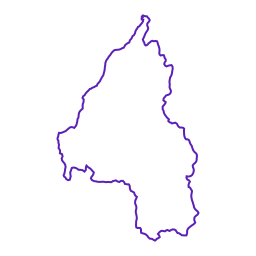 Rubim, Minas Gerais, Brazil (Mercator projection)
{"feature_id": "56859067B36353368141543", "entity_name": "Rubim", "entity_type": "district", "adm_level": 2, "iso_a3": "BRA", "parent_name": "Brazil", "parent_adm1": "Minas Gerais", "projection": "mercator", "projection_center": [-40.494, -16.442], "detail": "fine", "context": "isolated", "style": "outline", "palette": "violet", "viewbox_px": 256, "rotation_deg": 0, "n_neighbors": 0, "source": "geoboundaries", "source_scale": "gbopen_adm2", "svg_char_len": 4848}
<svg xmlns="http://www.w3.org/2000/svg" viewBox="0 0 256 256"><path d="M59.0,132.8L58.5,134.5L58.2,136.5L57.6,137.8L57.5,139.2L58.4,140.8L58.4,142.9L59.0,144.5L58.8,146.2L58.6,148.1L59.8,149.8L60.1,151.5L59.9,153.3L62.0,154.1L62.6,156.3L61.7,158.4L62.0,160.3L62.9,161.5L63.8,162.6L64.7,163.7L65.3,165.1L65.6,167.0L65.2,168.8L65.0,170.2L64.8,171.5L64.4,173.6L63.6,175.2L64.1,176.5L65.3,177.4L66.3,179.1L68.2,180.2L69.9,179.6L70.2,178.1L70.7,176.4L70.4,174.4L70.2,172.4L70.9,170.8L71.3,169.4L71.9,167.9L74.0,167.5L75.8,168.0L77.3,168.8L78.6,169.8L80.1,169.8L82.4,170.1L84.5,171.6L85.8,169.9L85.9,168.1L86.0,166.8L86.5,165.6L87.5,166.6L88.8,167.7L90.0,168.3L91.2,169.5L92.6,171.1L93.8,172.4L93.3,174.4L92.4,175.8L91.5,176.9L90.9,178.2L91.8,180.0L94.3,181.2L96.3,181.4L98.1,181.9L99.7,181.9L101.0,181.9L102.5,181.7L104.4,181.9L106.2,182.2L107.7,181.9L109.6,182.1L111.5,182.1L113.0,181.0L114.7,180.7L115.9,180.4L117.4,181.4L119.3,182.0L121.0,180.9L122.9,180.9L124.2,182.2L124.9,183.9L127.0,184.3L128.8,184.3L129.7,185.8L129.8,187.5L130.0,188.9L130.8,190.8L132.5,191.6L134.1,192.6L134.7,194.5L135.4,195.7L136.9,196.9L136.1,198.8L135.3,200.5L135.1,202.0L135.2,203.9L136.0,205.4L136.4,207.4L136.3,209.0L135.8,210.5L135.8,212.4L136.3,214.7L136.7,216.6L136.8,218.7L136.3,220.6L136.1,222.1L136.1,223.6L136.0,225.3L136.3,227.4L137.5,228.0L138.9,227.9L140.2,228.0L141.0,229.4L141.0,231.3L141.1,232.7L142.5,233.3L143.8,233.6L145.3,234.1L146.3,234.9L147.4,235.9L148.3,237.3L149.9,238.7L151.9,238.8L153.5,239.8L155.0,240.6L156.1,239.7L156.9,238.7L158.1,238.3L159.7,237.1L159.2,235.5L157.9,234.0L159.4,232.2L160.8,231.1L162.1,230.8L163.7,231.1L165.1,231.3L166.2,230.4L167.5,230.0L169.5,231.0L171.3,229.9L172.7,229.4L174.3,229.5L175.6,230.2L176.5,231.6L177.4,232.9L179.1,233.3L180.5,234.2L181.8,235.2L184.0,235.4L186.4,235.4L187.1,233.2L187.1,231.2L187.5,229.5L188.7,227.9L190.1,226.8L191.2,225.9L192.3,225.1L193.6,224.3L195.2,222.6L194.5,220.7L194.2,219.4L194.5,217.4L195.9,215.8L197.6,214.6L198.5,212.9L197.6,211.4L196.3,210.3L195.1,209.1L194.1,207.4L193.8,205.8L193.2,203.9L192.7,202.1L192.0,200.2L191.6,198.4L191.3,196.4L191.4,194.3L191.8,192.6L192.0,190.9L190.9,189.1L190.0,187.6L188.6,187.0L188.5,185.0L189.0,183.1L189.9,181.8L189.2,180.5L187.4,179.6L186.4,177.7L186.6,176.3L188.0,176.5L189.6,176.4L191.1,175.8L192.1,175.0L193.1,173.3L193.7,171.5L193.8,169.6L193.4,168.3L192.9,166.9L192.7,165.5L193.4,164.4L194.4,163.5L195.4,162.6L196.3,161.3L196.7,159.5L196.7,157.9L197.0,156.0L196.7,154.3L195.8,153.1L194.4,151.9L193.3,150.4L192.4,148.1L191.7,145.8L190.7,144.4L189.8,142.6L189.5,141.3L188.9,140.1L187.7,139.3L186.1,139.3L185.0,138.0L184.3,135.9L184.1,134.0L184.0,132.1L184.0,130.3L184.1,128.6L183.1,127.8L181.5,127.5L179.8,127.5L178.6,126.7L177.7,125.3L176.9,123.8L175.4,122.7L173.4,123.1L171.9,123.4L170.9,122.7L169.4,122.1L168.3,121.0L168.9,119.3L167.1,117.7L165.9,116.1L165.0,114.9L164.0,113.0L163.5,110.7L162.6,108.9L162.7,106.5L164.1,104.9L165.3,103.4L165.7,102.1L164.6,101.3L163.4,100.4L163.7,98.3L164.9,97.0L165.9,95.6L167.1,95.1L168.6,94.7L170.0,93.7L170.8,92.4L170.9,90.6L170.1,88.9L169.6,87.6L169.6,86.0L169.8,84.2L169.5,82.7L169.5,81.4L169.8,79.2L170.2,77.4L171.2,75.7L171.9,73.6L172.2,71.4L172.5,69.9L172.7,68.3L172.5,66.5L171.5,65.1L169.4,65.4L167.8,65.9L166.6,66.4L165.2,65.7L164.2,64.0L164.8,62.2L165.7,61.1L165.7,59.4L164.6,57.8L164.3,56.4L163.7,55.1L162.3,55.1L160.8,55.5L159.6,54.6L159.3,53.1L159.5,50.7L159.4,48.6L158.8,46.4L158.0,44.4L157.6,42.7L157.0,41.3L155.4,40.9L153.7,41.3L152.4,40.8L151.1,41.3L150.0,42.3L148.7,43.2L147.5,44.7L145.9,45.5L144.7,44.5L144.3,42.7L143.4,41.1L142.8,39.4L143.8,37.5L144.6,35.6L145.4,33.6L146.4,31.9L147.7,30.0L148.2,28.2L147.7,26.7L147.2,25.4L147.2,23.9L147.9,22.7L148.9,21.8L149.7,20.2L149.0,18.7L147.8,17.5L146.9,16.3L144.9,16.2L143.0,15.4L141.9,16.4L142.7,17.5L141.6,18.2L141.7,19.5L143.3,19.7L142.9,21.6L141.9,23.1L140.9,24.3L140.0,25.3L139.3,26.4L137.9,26.9L137.3,28.3L136.2,29.8L135.4,31.4L135.0,33.3L134.0,35.0L132.5,36.2L132.0,37.5L131.3,38.8L130.0,40.1L129.2,42.5L127.6,43.2L126.5,44.0L125.4,44.8L124.4,46.6L123.6,47.8L122.3,48.1L120.7,49.1L118.6,49.7L116.7,49.8L114.5,50.1L113.2,51.2L112.2,52.2L111.1,53.6L110.2,55.1L108.9,56.5L108.0,58.1L106.6,59.9L106.0,61.1L105.4,62.9L105.2,65.4L104.8,67.4L104.7,69.5L104.3,71.4L103.7,73.5L103.4,75.0L102.6,76.3L101.8,77.5L100.9,79.2L99.9,81.3L98.8,82.6L97.5,84.0L96.8,85.7L95.4,86.3L93.9,87.2L92.2,87.8L91.2,88.6L89.8,89.0L88.5,90.5L86.9,92.0L85.6,93.5L84.7,95.1L83.1,96.3L82.5,98.0L83.7,99.5L83.5,102.2L82.8,104.1L82.6,105.7L82.7,107.0L82.7,108.6L81.2,109.9L79.7,111.5L78.9,113.3L78.6,115.9L78.4,117.7L77.6,118.8L77.4,120.1L77.2,121.9L76.7,123.8L76.2,125.4L75.4,126.5L74.2,127.9L72.6,127.2L71.2,127.1L69.8,127.5L68.7,128.5L67.4,129.5L65.9,130.9L64.5,131.6L63.2,132.1L62.0,132.6L60.5,133.0L59.0,132.8Z" fill="none" stroke="#5b21b6" stroke-width="2"/></svg>